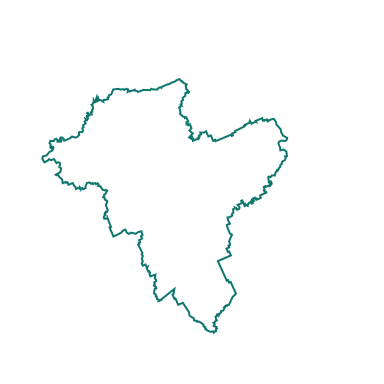 Hilltops, New South Wales, Australia, rotated 238°
{"feature_id": "25037944B92973083305975", "entity_name": "Hilltops", "entity_type": "district", "adm_level": 2, "iso_a3": "AUS", "parent_name": "Australia", "parent_adm1": "New South Wales", "projection": "albers", "projection_center": [148.539, -34.416], "detail": "fine", "context": "isolated", "style": "outline", "palette": "teal", "viewbox_px": 384, "rotation_deg": 238, "n_neighbors": 0, "source": "geoboundaries", "source_scale": "gbopen_adm2", "svg_char_len": 6067}
<svg xmlns="http://www.w3.org/2000/svg" viewBox="0 0 384 384"><g transform="rotate(238 192 192)"><path d="M62.5,136.1L61.1,136.0L61.6,137.4L61.2,138.8L62.7,139.3L63.0,140.5L63.4,140.1L64.4,141.3L66.9,139.4L67.7,141.1L69.3,141.0L68.9,141.5L70.0,142.7L70.1,145.2L71.0,144.8L73.8,145.9L73.5,147.0L74.9,148.4L74.6,149.5L73.1,149.3L74.3,151.0L74.4,152.8L75.7,153.5L74.9,155.7L76.5,158.3L77.2,158.0L77.6,159.5L77.1,159.6L77.6,160.9L76.9,161.3L77.3,162.6L76.7,163.4L81.5,170.9L82.4,175.4L95.2,177.1L95.5,175.5L98.2,175.9L98.3,174.5L119.7,177.3L117.6,191.4L121.8,192.0L122.0,190.7L125.7,191.2L125.3,194.2L127.2,194.5L126.9,196.2L130.8,197.6L134.6,203.3L136.7,202.2L143.6,203.4L145.6,204.1L145.0,207.3L149.2,207.6L151.6,208.6L150.8,210.0L150.6,213.7L152.3,214.4L152.5,216.1L155.6,217.7L155.2,220.1L156.0,220.2L154.9,221.1L153.0,220.8L152.7,223.1L154.0,224.3L156.9,223.9L156.1,228.6L158.4,229.0L158.3,230.1L154.0,229.7L153.8,230.8L153.1,230.6L153.3,229.4L152.2,229.2L152.1,231.6L150.5,231.9L150.4,232.7L150.7,232.0L151.5,232.1L152.2,234.0L153.3,234.2L152.8,234.2L152.4,236.5L150.6,236.3L150.4,237.8L151.9,238.0L151.6,239.7L152.4,239.8L153.5,238.4L154.2,239.7L153.9,242.3L152.4,242.1L152.3,243.2L151.2,242.7L150.5,247.2L153.0,248.0L152.1,254.7L152.9,254.8L153.0,253.8L155.4,253.8L155.3,254.7L158.3,255.6L158.1,257.4L157.2,257.3L156.8,260.5L156.0,260.4L155.9,261.3L156.4,263.3L157.5,263.4L157.4,264.3L159.1,264.6L159.4,264.0L157.6,263.7L157.8,262.7L159.6,263.0L159.7,262.4L164.2,264.5L164.3,265.5L163.0,266.5L163.7,268.7L162.1,271.0L164.4,273.4L165.0,274.8L164.5,275.5L165.6,276.1L165.1,277.0L166.1,278.2L166.5,279.9L168.2,281.4L168.3,283.2L169.9,284.2L169.9,287.9L171.5,289.8L172.8,289.8L172.1,291.5L176.3,293.5L179.4,292.2L180.5,289.0L183.2,290.3L187.2,290.9L188.5,292.3L188.3,294.8L185.8,298.3L186.2,300.1L187.5,301.4L191.6,299.0L195.4,299.3L198.2,300.4L204.5,299.4L207.1,300.3L210.8,300.1L212.3,294.8L211.7,294.7L211.8,293.5L213.9,293.9L214.2,291.2L214.8,291.3L215.0,289.9L217.4,290.7L218.6,283.6L217.4,283.4L218.0,283.0L218.3,278.7L221.7,278.8L220.3,277.2L221.0,272.7L220.4,272.7L220.6,271.4L219.8,271.3L220.9,260.8L219.8,260.5L220.3,257.0L218.3,256.7L218.5,255.4L219.9,255.6L222.6,239.0L225.0,239.4L223.8,239.0L224.1,237.0L229.9,238.0L230.4,235.3L236.0,236.1L236.1,233.6L238.0,230.5L236.0,230.2L236.3,227.9L234.9,227.7L235.0,226.6L234.1,226.4L234.5,225.4L233.6,225.2L234.5,223.3L234.9,220.0L236.6,221.1L237.1,219.8L239.8,218.5L240.2,220.0L238.6,220.8L238.9,221.4L240.4,220.7L241.2,223.7L245.5,222.4L246.3,225.3L250.6,226.1L250.6,224.2L251.9,224.5L252.2,223.2L254.1,224.2L253.7,226.2L258.6,226.7L258.6,225.1L260.0,225.3L261.0,224.2L264.8,223.3L265.7,224.5L270.5,226.0L270.3,227.1L271.6,228.3L271.0,228.8L272.2,228.8L272.1,230.0L274.6,231.1L274.7,233.0L276.8,233.9L277.1,237.2L279.4,238.8L278.9,239.7L279.4,240.5L278.0,241.5L278.4,242.5L282.6,241.8L285.4,242.9L286.0,244.5L289.2,242.6L291.1,242.4L291.2,241.7L294.4,241.2L295.0,237.6L294.6,236.6L295.7,232.0L295.4,230.0L296.3,228.2L297.1,222.4L296.5,221.3L297.4,220.8L298.0,219.0L297.3,216.8L299.7,213.2L301.1,212.2L300.6,210.4L304.3,204.8L305.5,199.2L306.7,199.0L308.3,197.2L309.1,197.6L310.2,192.5L311.3,192.2L311.1,190.6L313.0,192.1L314.5,190.7L314.4,188.7L315.8,187.9L316.7,185.9L318.5,184.2L320.7,179.5L317.6,175.4L318.0,172.7L316.7,171.7L316.9,170.6L315.2,170.1L316.1,167.0L316.9,166.4L316.6,165.1L315.5,164.6L318.4,163.2L319.0,161.6L321.5,162.3L320.7,160.6L322.9,161.5L320.6,158.6L319.3,159.6L319.5,157.2L321.9,157.3L320.3,156.3L319.8,154.8L318.7,153.9L318.9,153.0L317.1,153.2L315.2,152.3L314.5,150.6L312.9,150.1L313.2,148.3L310.9,148.1L312.0,145.8L314.4,145.5L314.4,144.7L311.4,145.1L311.2,144.3L312.1,143.1L311.4,142.5L309.5,142.8L308.6,141.1L310.3,140.4L308.9,140.0L308.7,138.3L306.6,138.2L306.3,134.9L304.3,134.3L304.2,132.8L301.8,132.1L301.0,130.8L302.6,127.9L300.0,126.4L299.5,123.2L300.1,121.8L302.7,119.5L302.2,117.2L303.0,111.3L303.5,110.7L304.9,111.3L307.0,110.8L307.7,109.9L307.4,108.6L305.3,108.9L304.1,107.8L304.6,106.7L306.1,106.8L305.5,105.4L306.0,104.6L306.9,105.4L309.1,105.1L309.3,103.3L308.4,101.7L310.5,99.0L309.0,97.1L307.2,97.3L304.6,95.4L303.6,95.8L304.6,97.3L304.3,98.0L303.2,98.1L302.1,97.0L301.2,95.5L301.5,92.3L300.1,88.1L301.2,84.3L299.4,82.7L295.4,82.6L295.0,86.3L295.6,88.1L293.6,89.5L293.1,92.4L288.4,92.4L288.0,94.5L286.7,95.3L285.7,95.1L283.4,92.6L281.4,93.6L278.7,91.1L278.8,85.6L278.0,85.9L277.4,87.6L275.0,87.4L271.5,88.6L268.0,87.0L267.5,90.2L266.7,90.0L266.1,91.6L263.6,91.1L262.8,95.6L259.4,95.3L258.0,95.9L256.1,95.1L255.8,97.5L255.0,98.0L255.7,99.3L253.4,99.0L253.8,99.4L253.5,101.2L252.1,100.9L251.7,103.8L253.2,104.6L255.3,107.7L254.5,110.1L252.5,110.7L252.4,112.3L251.3,112.1L250.8,114.7L249.5,114.8L249.3,116.7L247.5,116.7L246.9,115.6L245.3,117.4L241.2,117.4L239.2,119.3L239.4,120.1L238.1,120.8L236.3,117.7L236.3,115.9L235.1,115.4L234.7,113.9L233.1,114.7L231.4,114.2L229.7,115.3L228.6,115.0L226.7,112.1L221.1,110.8L220.2,109.5L220.9,108.7L220.0,107.7L220.5,107.2L219.4,106.0L218.3,106.4L217.9,104.2L216.0,103.4L214.4,105.7L215.1,106.6L205.3,104.8L205.6,103.3L195.9,101.8L195.1,108.4L195.1,111.0L195.9,112.5L195.4,115.6L192.2,115.1L189.8,116.4L189.9,118.6L186.4,122.2L186.5,125.3L185.4,128.3L181.6,127.1L181.5,125.3L178.9,124.9L179.2,121.7L176.8,121.3L177.0,120.0L175.8,119.8L176.0,118.5L166.5,117.6L165.7,116.2L164.2,116.5L163.2,115.8L162.1,114.1L159.4,113.6L158.1,111.5L155.6,111.2L155.2,114.1L152.4,113.7L152.2,114.8L151.1,113.1L147.5,112.8L147.4,113.4L148.7,113.6L145.8,113.6L144.7,112.4L142.5,112.0L141.3,117.2L138.4,114.6L137.3,115.0L135.4,114.4L135.4,112.1L134.1,111.9L133.0,110.3L132.2,111.1L131.6,110.4L130.6,111.1L129.2,110.6L129.5,108.9L126.2,106.1L124.4,107.0L122.7,105.9L122.2,106.7L119.6,105.6L118.4,106.7L117.3,105.8L116.7,108.7L117.2,108.8L119.1,125.7L115.5,122.5L115.3,121.1L110.6,120.4L110.4,121.6L103.7,120.5L102.9,125.5L91.9,125.8L88.3,124.4L83.9,126.6L82.0,125.7L80.1,127.9L79.1,127.6L78.5,129.2L76.4,130.4L73.3,131.4L71.8,130.6L70.6,131.6L69.0,130.8L68.8,131.4L67.3,131.1L63.6,133.6L62.5,136.1Z" fill="none" stroke="#0f766e" stroke-width="2"/></g></svg>